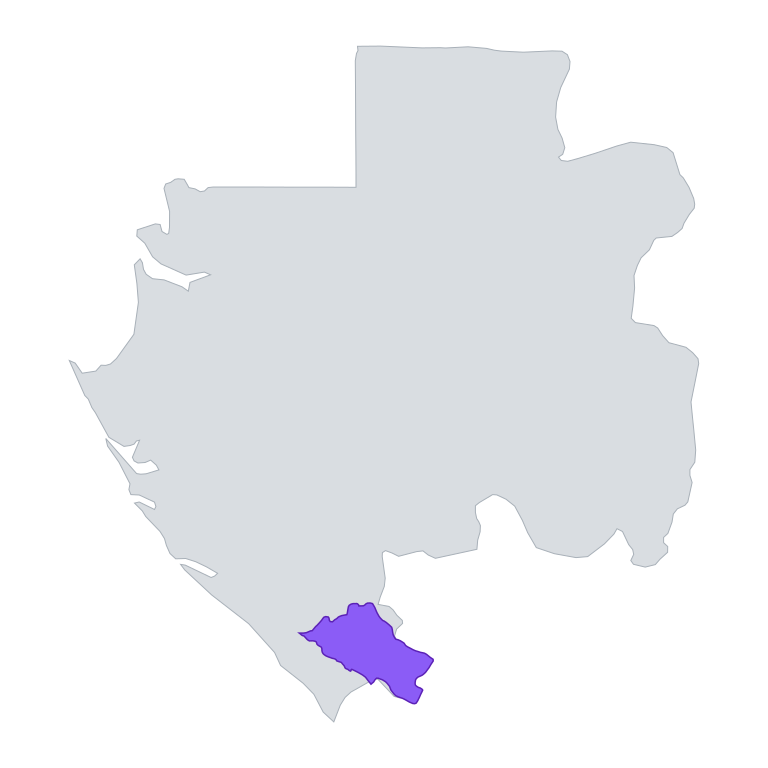 location of Mongo, Nyanga, Gabon
{"feature_id": "22940354B34091756215614", "entity_name": "Mongo", "entity_type": "district", "adm_level": 2, "iso_a3": "GAB", "parent_name": "Gabon", "parent_adm1": "Nyanga", "projection": "albers", "projection_center": [11.424, -3.286], "detail": "fine", "context": "in_parent", "style": "filled", "palette": "violet", "viewbox_px": 768, "rotation_deg": 0, "n_neighbors": 0, "source": "geoboundaries", "source_scale": "gbopen_adm2", "svg_char_len": 5577}
<svg xmlns="http://www.w3.org/2000/svg" viewBox="0 0 768 768"><path d="M570.0,61.5L569.4,69.1L560.7,87.6L556.6,101.9L555.6,117.1L557.9,129.4L562.1,138.1L564.8,147.7L562.7,154.3L558.5,157.1L561.3,160.5L567.7,161.3L578.4,158.4L594.9,153.4L616.5,146.1L630.7,142.2L654.2,144.7L666.7,147.5L673.1,152.7L679.9,174.6L683.3,177.9L689.0,187.3L693.7,198.5L694.7,204.2L694.2,208.2L689.4,214.3L684.0,223.2L682.1,228.5L677.6,232.5L671.9,236.4L656.2,238.0L653.8,240.3L649.4,249.8L641.1,257.8L637.4,265.4L634.0,275.5L634.6,288.0L632.9,306.1L631.2,318.3L635.4,322.6L654.0,325.6L657.7,328.0L662.6,335.6L668.9,342.7L686.0,347.3L692.7,352.7L698.0,358.7L698.7,363.6L694.8,383.2L691.0,402.0L692.4,416.4L693.8,430.1L695.7,450.0L694.8,462.2L689.9,469.6L689.9,475.4L692.1,482.5L687.8,501.9L685.0,505.2L677.4,508.8L673.3,514.0L672.0,522.1L667.9,533.4L663.6,537.4L663.6,542.7L667.7,546.5L667.6,552.3L660.0,559.2L655.3,564.6L645.2,567.1L633.5,564.3L630.8,560.5L633.7,554.4L632.7,549.6L628.7,544.6L622.5,531.5L617.0,528.7L613.9,534.1L604.4,543.9L587.7,556.6L576.0,557.6L554.4,553.7L536.3,547.6L527.7,532.7L522.4,520.4L514.7,506.1L506.0,499.2L496.8,494.9L492.6,494.6L479.4,502.5L475.4,505.7L475.4,512.4L476.7,518.6L478.7,521.6L480.4,525.6L480.1,531.8L477.7,540.1L476.9,549.3L435.4,558.3L428.2,555.0L423.0,550.9L416.7,551.6L398.6,556.3L392.0,553.0L385.5,550.6L382.4,552.6L382.2,556.6L385.2,578.2L384.3,586.4L380.2,597.1L378.1,604.4L389.1,606.5L393.1,609.9L396.9,615.3L402.3,620.4L402.6,623.4L396.6,629.1L394.5,636.0L397.4,641.5L404.9,647.1L415.8,653.0L421.1,656.9L420.6,660.4L415.6,667.9L413.6,674.3L410.1,680.0L410.8,685.3L415.8,690.3L415.2,694.7L411.9,698.0L405.1,697.3L399.3,697.8L394.1,696.4L378.0,679.3L374.4,678.8L351.0,692.0L345.1,697.4L340.3,705.1L333.8,721.9L323.2,712.1L313.9,694.3L303.2,683.3L280.6,665.5L274.6,652.5L248.7,623.7L211.6,594.9L184.7,569.9L180.6,564.4L185.2,565.1L211.1,577.5L214.6,576.1L217.6,573.3L206.4,566.8L195.7,561.7L185.7,558.5L175.7,558.8L170.0,553.5L166.4,545.4L164.5,538.6L160.0,531.4L145.8,516.6L142.3,510.9L134.5,503.1L139.2,502.0L154.5,509.5L155.9,506.5L154.5,502.1L139.2,495.0L130.9,494.6L128.9,489.6L130.0,483.8L119.0,462.3L107.6,446.1L105.8,438.5L136.6,473.6L140.7,474.2L146.1,473.8L158.9,469.9L156.4,465.2L150.7,460.1L145.1,462.5L137.9,463.0L134.1,460.9L132.4,457.3L139.6,440.2L136.4,441.0L134.1,444.1L130.2,445.5L124.0,446.4L108.9,437.3L95.4,412.7L91.9,407.6L88.3,399.1L84.8,395.5L69.3,360.5L75.2,363.1L82.2,373.2L95.8,371.1L101.1,365.2L105.8,365.4L110.5,364.0L116.5,358.5L133.9,334.3L138.4,302.4L136.9,283.5L134.3,264.8L140.1,258.8L142.4,262.7L143.5,269.4L146.2,274.3L152.5,278.7L164.1,279.9L182.0,286.8L188.3,291.2L190.0,282.4L210.6,274.8L204.4,272.1L186.1,275.1L161.0,263.9L152.6,256.8L144.8,243.2L136.8,236.1L137.3,229.8L155.3,223.9L160.1,224.5L162.0,231.5L166.9,234.4L168.7,233.4L169.5,227.4L169.6,211.4L164.0,188.4L165.7,184.0L170.6,182.4L175.0,179.3L178.1,178.8L184.2,179.3L187.3,184.6L188.9,187.6L195.1,188.9L200.2,191.7L204.5,191.0L208.1,187.6L213.4,187.0L229.9,187.0L244.8,187.0L274.4,187.1L304.1,187.2L333.7,187.2L356.0,187.3L356.0,174.2L355.9,153.9L355.7,130.0L355.6,107.0L355.5,85.8L355.3,60.7L356.5,53.5L358.0,50.5L357.5,46.3L380.5,46.1L422.1,47.9L440.3,47.7L445.4,48.0L468.1,46.8L486.5,48.4L494.4,50.2L501.4,51.1L523.4,52.2L552.2,50.9L562.0,51.2L567.4,54.7L570.0,61.5Z" fill="#d9dde1" stroke="#a8b0b8" stroke-width="1"/><path d="M371.0,684.2L371.9,683.4L373.6,682.0L375.1,679.6L376.5,678.2L378.1,678.2L379.9,678.9L382.4,679.8L385.5,681.7L387.2,683.4L389.5,686.3L390.9,690.0L393.8,693.8L395.7,695.7L398.1,696.8L400.3,697.6L402.7,698.4L405.1,699.6L409.3,702.0L412.8,703.5L414.7,703.7L416.2,703.1L417.8,700.6L418.5,699.1L419.4,697.3L420.6,694.5L421.8,692.1L422.7,690.1L422.2,689.3L420.3,688.0L418.4,687.4L416.5,686.2L415.4,685.1L415.1,683.5L415.2,682.1L415.6,679.7L416.6,678.3L418.1,677.0L420.7,675.9L422.0,675.3L423.4,674.3L425.5,672.4L426.9,670.5L429.0,667.7L430.8,664.6L433.2,661.0L433.1,659.3L430.0,657.2L426.5,654.3L424.5,653.2L422.8,652.8L420.3,652.3L418.3,651.6L415.5,650.8L413.0,649.7L410.8,648.5L407.5,646.8L405.6,645.5L405.0,644.6L404.1,643.2L402.5,642.1L400.4,640.8L397.9,639.7L396.0,639.3L395.1,638.4L393.9,636.3L393.1,634.5L392.6,631.8L392.3,629.5L391.7,627.3L389.3,625.0L386.3,622.5L383.9,620.9L382.9,620.6L381.9,619.7L380.2,617.9L379.0,616.3L377.1,612.9L376.2,610.9L374.8,607.5L373.7,605.6L372.5,603.6L370.2,603.0L367.5,603.1L366.0,603.8L364.8,605.0L363.5,605.8L361.0,605.9L358.8,605.9L358.6,604.9L357.5,603.8L356.5,603.5L356.2,603.6L353.2,603.6L351.1,604.1L349.2,605.3L348.4,606.7L347.8,609.9L347.3,613.1L346.8,614.7L344.3,615.1L341.7,615.6L339.9,616.3L338.4,617.0L336.6,618.7L334.8,619.7L332.5,621.8L330.3,621.6L329.4,620.4L329.0,618.1L328.3,617.0L325.7,616.6L323.9,617.2L322.9,618.4L321.5,620.4L319.5,622.7L316.9,625.5L315.7,626.5L313.8,628.8L312.2,630.7L310.5,630.9L308.9,631.6L306.3,632.7L303.3,633.1L299.3,633.1L300.2,633.8L301.7,635.1L302.6,635.6L304.0,636.0L307.0,639.3L308.1,640.2L309.4,640.9L312.8,640.8L314.3,641.1L315.2,641.3L316.3,642.0L316.6,642.8L316.8,643.7L317.1,644.4L317.8,645.0L318.2,645.4L319.8,646.3L320.9,646.8L321.6,647.8L321.9,649.0L321.9,650.4L322.2,652.0L322.8,653.2L323.5,654.1L324.5,654.9L326.0,655.9L328.6,657.0L330.7,657.7L332.2,658.3L333.8,658.6L335.0,659.0L336.1,659.7L336.6,660.8L338.4,661.5L339.7,661.9L341.3,662.4L342.5,663.9L344.1,665.7L344.6,666.8L345.0,667.7L345.5,668.4L346.8,669.0L347.8,669.3L348.7,670.1L349.5,670.7L350.6,671.1L351.0,670.7L351.1,669.8L351.8,669.3L353.9,670.3L358.1,672.4L362.6,675.0L365.5,677.2L368.1,680.6L371.0,684.2Z" fill="#8b5cf6" stroke="#5b21b6" stroke-width="1.5"/></svg>